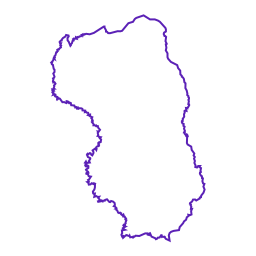 Kibondo, Kigoma, United Republic of Tanzania (orthographic projection)
{"feature_id": "72390352B58332556482444", "entity_name": "Kibondo", "entity_type": "district", "adm_level": 2, "iso_a3": "TZA", "parent_name": "United Republic of Tanzania", "parent_adm1": "Kigoma", "projection": "orthographic", "projection_center": [30.818, -4.184], "detail": "fine", "context": "isolated", "style": "outline", "palette": "violet", "viewbox_px": 256, "rotation_deg": 0, "n_neighbors": 0, "source": "geoboundaries", "source_scale": "gbopen_adm2", "svg_char_len": 5708}
<svg xmlns="http://www.w3.org/2000/svg" viewBox="0 0 256 256"><path d="M165.4,27.9L159.9,21.8L158.0,20.6L154.8,19.4L150.0,19.4L143.6,15.4L136.3,17.9L134.8,19.0L133.0,21.8L128.4,23.2L122.1,30.8L120.3,31.3L117.6,31.2L110.0,33.2L108.1,33.1L107.1,31.8L106.0,31.6L106.0,30.3L104.5,27.5L104.5,26.5L103.9,26.5L93.9,32.9L89.7,34.3L86.1,33.8L84.8,34.4L84.2,34.1L83.8,34.7L82.9,34.4L82.7,35.1L82.5,34.7L81.6,34.9L81.9,35.6L80.8,36.3L79.4,36.4L78.6,37.3L77.5,37.0L77.0,37.9L76.5,37.6L76.7,38.3L76.0,37.9L76.0,38.7L73.8,38.5L73.1,39.1L73.8,40.1L73.6,40.6L72.6,40.8L71.9,43.3L70.7,44.4L70.9,45.2L70.4,45.8L68.7,41.7L67.6,40.4L67.5,38.1L68.7,36.4L68.5,35.5L66.1,35.0L65.4,36.5L62.9,38.1L61.6,39.8L61.7,40.5L60.5,40.9L59.6,42.0L60.1,43.4L61.0,43.3L60.3,45.2L61.1,45.6L60.6,46.7L60.9,47.4L59.7,48.2L58.9,49.4L58.3,49.2L57.3,49.8L57.7,51.0L57.2,51.2L56.9,52.2L56.2,52.3L55.4,55.4L54.4,56.3L54.8,57.4L54.0,57.7L54.4,58.7L54.0,58.4L53.5,58.8L53.2,60.4L51.4,62.4L52.0,62.7L51.6,63.5L51.9,64.3L52.9,64.8L53.7,68.8L54.5,69.7L54.5,72.0L53.3,73.5L54.5,76.7L54.1,77.7L53.0,78.4L53.4,79.3L52.9,81.4L53.2,82.2L53.6,81.7L54.6,82.3L55.5,83.7L54.0,85.5L54.3,86.3L53.6,88.3L54.3,88.8L53.7,88.9L53.6,89.6L52.9,89.5L53.6,90.5L52.4,90.5L52.9,91.8L53.4,91.7L53.2,92.1L52.6,91.9L52.4,92.4L53.4,93.0L53.2,93.7L54.0,94.1L53.6,94.6L54.6,94.3L54.8,95.5L55.5,95.2L55.6,96.6L57.3,96.9L57.2,98.1L57.6,97.6L58.2,98.0L58.2,98.7L58.7,98.2L59.9,98.7L62.4,102.2L64.2,102.1L66.4,103.1L66.8,102.7L66.7,101.2L67.7,101.4L68.4,101.8L68.4,102.6L69.1,103.2L69.7,102.6L70.8,103.0L71.2,105.2L74.3,105.5L74.7,106.7L76.1,107.0L75.9,107.4L76.7,107.3L77.0,108.7L77.9,108.7L78.2,108.1L78.5,108.7L79.5,108.2L81.6,108.4L82.4,108.9L82.5,110.4L85.1,110.6L84.9,112.1L86.0,111.8L86.6,112.6L88.1,112.8L88.7,114.2L87.9,115.1L89.3,115.6L90.1,115.0L90.1,116.3L92.2,117.2L91.4,118.3L92.3,119.3L92.1,120.4L92.6,120.6L92.3,121.4L92.7,121.4L92.7,122.1L92.1,122.3L93.9,124.6L93.6,125.3L95.2,125.4L95.9,126.0L96.3,125.6L96.8,126.3L97.8,126.1L98.2,127.7L100.0,129.8L98.8,131.4L97.9,131.4L98.4,132.0L97.7,132.9L98.2,134.9L97.7,135.9L98.4,135.9L98.9,136.9L100.8,137.2L99.9,138.4L101.1,139.5L100.7,142.0L99.1,142.2L98.3,142.9L98.3,143.8L99.0,144.1L98.5,144.9L99.0,145.5L98.7,146.1L97.2,146.4L96.2,147.3L95.8,148.2L96.6,148.8L96.3,150.0L95.2,148.5L92.6,150.4L93.5,152.1L93.4,153.2L92.3,155.4L91.4,154.9L90.6,153.3L89.8,153.1L88.4,154.2L87.7,153.7L87.2,154.4L86.3,154.2L86.9,154.6L87.9,157.0L90.2,158.1L90.3,158.8L89.0,160.9L89.4,161.7L88.8,161.7L88.8,162.1L89.3,162.6L86.5,163.0L85.9,161.5L85.0,162.8L86.1,163.2L86.5,164.1L85.2,165.2L85.7,166.3L86.5,166.5L87.9,165.7L88.4,166.1L88.3,168.0L86.0,169.6L86.4,170.5L88.1,171.8L88.4,172.7L86.5,173.0L86.3,173.7L88.0,174.4L88.7,176.2L90.9,176.6L88.8,179.8L88.1,180.0L88.8,181.6L87.3,182.0L88.4,182.9L88.8,184.6L90.5,184.4L91.8,183.2L93.4,184.1L94.2,183.7L93.4,183.4L93.8,183.2L95.0,183.7L94.9,187.4L94.4,189.4L92.9,191.6L93.1,193.2L93.5,193.7L94.9,193.5L94.3,196.8L96.3,196.1L97.8,197.0L99.1,196.8L98.3,198.0L99.6,199.5L99.1,200.9L98.0,201.3L98.2,201.8L101.0,201.3L101.4,200.5L102.7,201.4L103.0,200.7L104.8,200.7L105.1,199.9L107.0,199.3L109.4,202.0L110.2,202.1L111.1,201.0L113.1,201.6L114.6,203.0L114.9,205.0L113.9,206.2L115.0,206.6L116.4,208.1L115.7,208.7L116.3,208.8L116.3,209.8L117.2,210.4L118.1,212.6L119.1,213.1L120.1,212.6L121.2,213.3L121.1,214.3L122.4,215.3L123.4,214.5L123.8,215.6L123.4,216.5L124.8,216.7L125.2,217.9L126.0,218.4L125.4,219.5L126.4,220.2L125.5,222.5L125.7,223.3L124.9,224.2L125.1,225.3L124.3,225.4L123.7,224.9L123.4,225.3L124.4,226.2L123.8,227.0L124.8,227.0L122.8,228.3L123.2,229.0L124.9,229.8L121.9,230.4L122.2,233.1L121.4,234.8L122.1,236.5L123.3,235.9L123.7,236.2L122.8,236.8L123.1,237.8L125.4,235.7L126.5,235.3L126.6,235.9L126.6,235.2L129.4,236.1L129.6,235.7L130.2,237.3L132.1,237.0L133.0,237.6L133.8,237.0L133.7,236.5L134.8,236.4L135.6,235.7L139.3,236.0L145.2,233.4L147.4,233.4L147.6,234.6L148.7,234.9L148.5,234.0L150.0,233.2L151.5,236.6L155.2,238.2L155.9,239.2L157.2,238.6L157.7,237.7L159.6,237.5L161.2,235.2L161.5,235.3L161.1,236.0L161.9,237.0L162.6,236.6L164.1,237.0L165.2,236.3L164.7,237.2L165.8,238.8L169.6,240.6L168.8,235.4L169.6,233.1L171.1,231.8L173.6,230.9L179.0,230.1L179.7,227.1L183.1,223.2L184.0,221.4L186.1,219.7L186.8,217.3L188.7,215.8L188.4,214.8L190.0,215.1L191.5,214.5L191.1,211.0L192.0,208.9L190.9,208.9L191.3,206.4L190.6,205.4L190.9,204.5L189.9,203.8L190.1,203.0L192.1,201.5L193.0,199.6L195.1,199.5L196.2,200.5L199.7,198.5L199.8,197.5L201.0,197.2L201.2,195.6L203.5,192.7L204.6,189.5L203.4,186.6L204.4,183.9L203.1,183.4L202.4,181.2L202.9,178.4L202.0,178.1L201.9,176.2L201.0,175.7L199.9,173.7L200.0,172.5L200.9,172.0L200.5,170.8L201.0,168.1L199.5,167.1L199.3,166.6L199.8,166.0L198.2,166.0L197.0,167.5L195.3,167.0L195.6,165.6L194.4,162.9L194.9,161.0L194.0,158.6L194.8,157.0L193.6,155.5L194.3,153.5L191.7,149.9L191.2,146.6L187.6,144.5L186.9,143.0L187.1,137.3L187.5,136.7L186.7,136.4L187.5,135.3L186.7,134.3L185.7,135.0L184.6,133.6L184.8,132.5L184.1,132.4L184.9,130.8L184.0,128.7L184.6,126.7L183.4,125.8L183.7,124.0L182.4,123.4L181.9,122.2L182.5,121.5L182.0,121.0L182.9,119.9L182.7,118.9L184.2,116.7L184.0,114.2L184.7,112.7L184.5,111.0L185.2,110.5L186.5,110.9L186.0,108.0L187.3,108.2L187.2,107.7L188.1,107.2L189.2,105.2L189.1,104.4L188.3,104.1L188.9,101.2L188.4,99.9L189.0,98.9L188.9,97.6L188.4,97.2L188.4,96.1L187.2,95.0L187.4,93.7L186.7,90.5L185.4,88.1L185.5,83.3L184.4,82.2L183.9,79.0L183.0,77.5L181.8,76.7L181.8,75.8L180.4,74.4L180.2,70.6L178.1,68.1L177.2,65.1L170.9,61.9L168.1,58.7L167.5,57.2L167.5,53.3L165.8,50.4L166.4,47.7L165.8,44.3L166.7,43.8L165.5,41.2L166.1,36.9L165.1,35.9L164.5,36.0L163.7,34.0L164.1,32.6L165.9,31.5L165.9,29.3L165.4,27.9Z" fill="none" stroke="#5b21b6" stroke-width="2"/></svg>